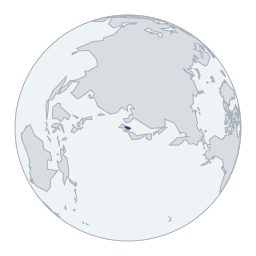 the Earth from above Shimane, rotated 72°
{"feature_id": "JPN-1824", "entity_name": "Shimane", "entity_type": "Prefecture", "adm_level": 1, "iso_a3": "JPN", "parent_name": "Japan", "parent_adm1": "", "projection": "orthographic", "projection_center": [132.68, 35.321], "detail": "fine", "context": "on_globe", "style": "filled", "palette": "blue", "viewbox_px": 256, "rotation_deg": 72, "n_neighbors": 0, "source": "natural_earth", "source_scale": "10m", "svg_char_len": 11699}
<svg xmlns="http://www.w3.org/2000/svg" viewBox="0 0 256 256"><g transform="rotate(72 128 128)"><circle cx="128" cy="128" r="113" fill="#eef3f6" stroke="#a8b0b8"/><path d="M207.6,195.9L207.5,196.4L207.4,196.5L207.6,195.9ZM216.8,58.7L216.4,58.4L217.4,59.5L218.8,61.4L216.7,59.2L216.8,60.4L211.7,57.4L201.3,50.0L202.2,49.4L199.6,48.0L198.3,48.8L198.1,49.7L187.4,48.0L182.0,53.1L183.9,57.4L180.7,54.6L186.8,64.9L186.2,70.8L184.6,62.6L182.7,60.6L181.2,63.6L179.0,62.3L177.0,63.1L174.4,61.3L173.7,57.0L172.0,55.9L171.0,58.1L167.9,58.0L169.5,54.8L164.2,54.4L162.0,47.8L168.5,41.9L165.1,37.9L166.1,31.2L163.8,30.9L162.7,28.5L159.7,27.3L160.7,26.7L157.4,26.3L157.0,27.1L155.4,27.2L153.6,26.7L154.6,25.7L155.7,25.9L155.0,25.3L156.3,25.1L154.6,24.9L156.1,24.0L152.0,24.1L150.9,22.7L152.5,22.3L155.9,23.4L168.0,26.1L170.7,26.5L171.3,25.8L164.9,22.1L166.4,22.4L166.0,22.0L163.6,21.2L163.0,21.3L158.3,20.0L158.2,20.5L156.3,20.2L154.8,20.6L151.3,19.6L148.7,18.4L149.7,18.1L148.6,17.7L144.5,17.4L143.6,16.6L139.7,16.0L147.8,17.1L155.9,18.9L163.7,21.2L171.5,24.1L178.9,27.5L186.1,31.5L193.0,36.0L199.6,41.0L205.7,46.5L211.5,52.4L216.8,58.7ZM229.1,117.6L228.2,115.6L229.3,115.8L229.1,117.6ZM227.2,115.1L227.7,115.6L227.2,115.4L227.2,115.1ZM226.7,115.4L227.1,115.2L226.7,115.7L226.7,115.4ZM226.1,116.1L226.4,115.7L226.4,115.8L226.1,116.1ZM224.8,116.5L224.5,116.6L224.7,115.9L224.8,116.5ZM198.4,50.4L198.5,49.0L200.5,48.9L200.6,50.2L198.4,50.4ZM194.3,51.1L193.7,49.8L196.7,51.1L196.1,51.4L194.3,51.1ZM185.8,61.0L186.4,59.3L186.6,61.4L185.8,61.0ZM177.1,63.5L177.7,64.4L176.4,64.5L177.1,63.5ZM156.8,21.2L155.8,20.9L156.6,21.0L156.8,21.2ZM157.1,21.8L158.7,22.0L159.1,22.4L158.1,22.2L157.1,21.8ZM171.3,61.9L169.1,61.8L171.2,61.1L171.3,61.9ZM155.0,21.4L159.6,22.9L160.2,23.5L156.9,23.3L155.0,21.4ZM167.7,61.3L162.2,61.4L163.0,63.4L157.7,58.1L164.1,59.6L166.6,58.3L166.3,60.0L167.7,61.3ZM157.7,27.6L158.0,26.7L159.4,28.0L157.7,27.6ZM159.0,28.4L165.7,32.8L164.3,34.0L162.3,32.2L161.9,34.5L158.0,32.9L157.3,31.3L159.0,30.8L156.2,30.7L159.0,28.4ZM155.7,55.2L154.3,54.7L155.6,54.5L155.7,55.2ZM154.9,27.4L156.4,28.1L155.3,29.2L152.2,28.1L153.5,28.1L154.9,27.4ZM163.7,35.9L162.4,36.7L158.8,35.6L157.8,35.7L157.7,33.0L163.7,35.9ZM152.8,27.5L150.6,27.5L149.4,26.5L153.4,26.9L152.8,27.5ZM156.3,30.0L155.7,30.5L155.0,29.8L156.3,30.0ZM144.1,23.4L145.9,24.0L145.5,24.5L144.1,23.4ZM149.8,27.6L150.2,27.9L150.3,28.3L148.6,28.1L149.8,27.6ZM155.2,32.5L154.0,32.0L155.1,33.6L152.4,33.0L152.9,31.3L151.6,31.8L150.8,31.6L152.1,30.5L155.2,32.5ZM147.0,29.0L146.7,26.9L143.5,25.6L143.7,25.0L148.9,27.3L147.0,29.0ZM149.9,29.9L148.2,29.2L149.4,28.7L151.3,28.9L149.9,29.9ZM150.5,33.2L154.4,34.5L154.2,34.9L150.5,33.2ZM145.8,28.7L145.9,29.2L145.5,28.6L145.8,28.7ZM148.8,31.9L150.2,32.2L149.9,32.6L148.8,31.9ZM145.0,30.0L144.9,29.3L146.2,29.3L145.0,30.0ZM146.5,30.9L145.8,31.3L146.7,29.8L147.2,31.0L146.5,30.9ZM148.3,32.1L148.6,32.5L147.7,31.9L148.3,32.1ZM140.1,30.2L141.0,28.2L143.8,28.4L142.6,30.2L140.1,30.2ZM52.3,44.6L51.3,45.5L51.0,45.8L52.3,44.6ZM40.6,57.0L38.8,59.2L39.7,58.4L34.1,67.5L32.6,72.1L38.2,67.2L40.7,59.6L44.6,55.3L45.4,58.8L43.7,66.1L45.2,64.7L49.1,57.9L51.7,57.8L50.8,55.5L49.0,57.8L48.4,56.6L50.1,54.5L50.9,54.4L52.3,52.0L47.9,53.4L45.5,55.9L47.2,51.6L43.5,55.4L42.9,55.4L49.0,49.0L50.7,47.7L59.6,39.8L58.0,40.6L49.5,48.3L50.8,46.8L48.6,48.5L51.4,46.0L61.1,37.8L64.6,34.9L64.5,35.0L70.2,31.3L71.6,30.5L77.5,27.4L74.7,29.0L76.2,28.3L73.8,29.9L74.7,30.4L72.9,32.1L77.4,31.0L77.1,31.8L74.5,32.2L71.7,33.5L67.7,38.4L68.1,39.0L71.4,37.9L69.9,39.6L73.6,38.0L73.3,40.8L76.7,36.2L80.6,35.4L82.7,36.5L84.6,35.5L81.2,33.8L79.3,33.9L76.6,35.2L71.9,35.3L72.4,34.0L79.6,31.1L81.1,29.1L86.1,28.2L92.4,32.8L92.8,35.7L84.8,42.4L82.3,42.1L83.9,39.4L78.6,42.7L80.9,42.0L79.6,43.5L83.0,43.5L82.3,44.6L86.9,42.8L86.3,44.1L83.5,45.3L88.1,46.8L88.2,49.8L89.6,49.6L91.1,48.6L90.2,53.3L91.2,53.0L92.0,51.3L94.6,49.7L98.8,48.8L98.2,50.5L96.6,51.0L92.5,54.9L88.3,56.4L88.5,57.0L92.0,56.1L97.1,51.4L99.8,50.4L97.7,52.7L98.7,51.8L99.9,51.8L100.5,53.5L103.0,51.1L116.6,50.4L119.2,54.0L115.9,55.9L124.8,58.2L127.1,62.6L127.7,61.0L132.5,61.4L131.8,59.9L132.5,59.2L144.4,60.3L146.7,62.1L152.6,61.3L152.9,60.5L151.5,59.1L157.7,58.1L163.0,63.4L162.0,64.8L166.0,67.4L163.1,70.5L162.5,74.4L157.0,76.6L157.0,79.7L158.6,80.4L159.9,85.5L156.9,94.0L152.4,83.9L155.4,72.0L153.5,76.4L151.9,74.6L149.9,75.7L148.8,79.1L150.0,80.0L137.6,82.2L130.8,90.5L136.3,91.3L138.4,94.8L135.5,106.3L120.2,119.1L122.9,125.0L122.2,128.4L118.0,129.5L118.9,124.6L115.7,122.0L116.9,119.3L110.3,119.9L111.7,116.0L105.9,118.7L106.7,122.3L112.0,123.0L106.4,127.3L110.1,134.2L109.1,140.9L98.0,149.9L88.9,150.7L88.0,152.6L85.2,149.2L80.2,151.6L84.6,164.8L84.0,167.9L76.5,171.4L76.6,169.0L69.0,160.1L66.7,166.9L72.4,175.4L74.4,183.2L69.6,179.2L67.7,172.2L65.0,168.8L66.4,162.7L65.4,151.9L60.6,151.6L61.6,147.8L59.5,137.6L53.0,136.6L42.2,141.1L39.7,150.2L36.5,152.1L35.0,134.8L37.1,124.8L34.9,123.6L34.8,112.2L29.9,103.0L30.7,99.9L29.4,99.2L29.6,93.9L31.4,89.1L30.8,87.3L26.4,100.0L27.2,102.1L30.0,100.9L28.4,104.8L28.4,110.9L23.0,114.3L18.1,108.8L20.2,101.4L29.6,76.7L30.7,75.3L30.9,75.1L31.1,74.7L29.4,76.6L31.9,72.2L24.1,87.5L21.7,93.1L18.0,109.0L17.7,109.3L17.3,113.5L19.0,118.2L18.5,120.3L16.1,127.0L15.4,129.5L15.6,120.8L16.5,112.1L18.0,103.6L20.3,95.1L23.1,86.9L26.6,79.0L30.7,71.3L35.3,63.9L40.6,57.0ZM39.3,77.8L40.0,82.5L44.2,76.6L44.8,78.0L46.0,75.6L44.5,76.2L48.1,70.0L50.0,71.0L52.2,69.0L52.1,67.3L48.0,66.7L42.8,75.3L40.7,75.9L39.3,77.8ZM86.8,24.0L84.6,24.9L83.4,25.1L85.8,23.8L87.5,23.4L86.8,24.0ZM81.7,26.3L88.2,24.2L87.0,25.3L86.6,25.0L85.2,25.9L84.1,25.7L76.5,29.0L75.0,29.4L80.1,26.2L79.3,26.9L81.5,25.8L81.7,26.3ZM107.0,19.7L109.8,19.5L103.6,21.9L101.7,21.8L103.9,20.3L107.4,19.4L107.0,19.7ZM148.2,21.0L149.7,21.3L149.4,21.5L147.9,21.5L148.2,21.0ZM145.0,23.6L141.5,20.3L143.0,20.4L139.1,18.7L141.6,18.3L144.0,19.3L143.0,18.0L146.2,18.8L145.1,17.9L150.3,20.2L153.1,21.1L149.0,20.2L146.6,20.5L146.4,20.9L148.0,22.7L153.0,25.0L151.4,25.9L149.0,26.0L147.6,25.5L149.0,25.0L146.1,24.8L147.1,23.8L145.0,23.6ZM121.6,29.5L123.9,28.4L118.2,29.1L119.2,27.6L118.5,27.7L117.8,26.6L115.8,25.6L116.7,25.0L115.5,24.9L115.1,24.3L113.7,24.0L115.0,22.8L113.4,22.4L114.9,22.2L111.9,21.8L114.7,21.6L114.4,20.9L111.8,21.5L121.9,17.6L123.9,16.5L124.1,15.9L128.9,16.0L131.8,16.8L133.1,18.2L130.4,19.4L133.0,19.4L132.5,20.0L130.7,19.7L133.2,20.5L132.3,21.0L133.5,23.0L137.8,24.2L138.3,25.1L136.2,24.9L138.2,26.0L134.5,26.3L134.8,27.0L131.5,28.2L127.2,27.6L127.9,28.5L125.4,29.6L121.6,29.5ZM139.1,30.4L133.7,29.8L131.6,28.8L138.3,27.2L138.5,26.5L142.8,25.7L145.7,27.4L144.2,27.4L143.5,27.8L142.8,27.1L142.8,28.0L140.8,28.2L140.2,28.9L138.6,28.5L139.1,30.4ZM51.3,45.6L50.4,46.6L49.3,47.8L47.9,49.0L51.3,45.6ZM57.9,39.9L57.3,40.4L54.8,42.4L55.8,41.5L57.9,39.9ZM59.1,39.2L57.5,40.3L59.0,39.2L59.1,39.2ZM74.1,32.7L73.8,33.4L72.9,33.8L72.1,33.8L74.1,32.7ZM104.8,32.1L106.5,31.4L106.9,31.7L110.9,31.3L110.5,32.6L107.9,33.3L104.8,32.1ZM37.4,66.9L36.6,66.8L37.4,65.5L37.5,65.8L37.4,66.9ZM41.5,57.2L39.5,60.1L41.1,57.5L41.5,57.2ZM105.0,33.4L106.7,33.1L105.5,33.9L105.0,33.4ZM110.4,33.5L109.2,34.5L110.9,32.7L110.4,33.5ZM101.7,205.6L105.1,206.7L105.0,207.0L101.7,205.6ZM98.0,203.6L101.9,204.5L97.5,204.3L98.0,203.6ZM103.4,204.8L107.4,204.8L109.1,204.5L108.8,205.2L103.4,204.8ZM95.5,203.0L81.9,199.2L76.7,196.4L77.8,195.3L86.2,198.4L95.5,203.0ZM77.4,195.2L69.6,188.1L59.9,170.7L63.4,172.6L73.7,184.9L73.0,186.0L77.7,191.1L77.4,195.2ZM96.7,192.9L96.0,196.7L88.4,194.4L85.0,192.8L82.7,187.0L84.0,184.7L86.7,185.6L98.0,179.2L101.8,182.4L98.2,185.5L101.4,189.8L96.7,192.9ZM39.9,151.4L41.0,158.3L39.3,158.0L39.9,151.4ZM103.1,173.5L98.2,176.7L102.8,172.0L103.1,173.5ZM106.2,168.7L106.2,171.0L104.6,168.5L106.2,168.7ZM87.4,155.6L84.5,155.2L84.7,153.6L88.6,153.2L87.4,155.6ZM108.2,146.5L107.3,151.2L106.4,152.7L105.5,149.5L108.2,146.5ZM103.8,45.4L98.7,44.3L94.7,44.8L92.1,46.8L93.6,43.7L99.7,43.0L103.8,45.4ZM115.1,49.5L117.4,48.0L117.9,49.2L117.4,49.7L115.1,49.5ZM115.4,48.3L115.5,45.6L117.8,45.1L117.3,47.3L115.4,48.3ZM110.0,38.9L108.5,38.5L109.6,37.7L110.0,38.9ZM182.0,226.2L183.7,225.6L180.6,227.4L176.2,229.7L171.6,231.7L182.0,226.2ZM146.9,237.2L145.8,236.2L150.9,235.6L149.6,236.7L146.9,237.2ZM185.2,224.3L187.9,222.2L188.1,220.9L188.8,221.7L191.9,220.1L184.9,224.9L185.2,224.3ZM125.7,231.5L104.7,232.4L99.7,231.0L100.3,229.7L94.5,223.6L96.0,224.1L94.2,220.1L106.3,219.0L114.7,213.2L122.2,214.6L127.4,209.6L135.3,210.5L133.4,214.6L142.1,217.5L146.9,208.1L153.2,217.7L160.3,220.3L163.4,225.0L154.6,233.2L148.6,235.0L147.0,234.7L144.6,235.4L140.3,235.4L137.0,233.4L134.7,234.1L136.5,232.4L133.3,233.9L130.6,232.4L125.7,231.5ZM183.0,211.8L184.5,211.7L187.0,212.4L184.7,212.8L183.0,211.8ZM204.0,199.4L204.8,199.7L203.3,200.6L204.0,199.4ZM207.4,196.5L205.5,197.7L207.6,195.9L207.4,196.5ZM189.4,204.8L190.2,205.1L189.7,205.5L189.4,204.8ZM188.8,204.7L189.5,203.6L189.5,204.5L188.8,204.7ZM181.7,201.2L182.4,200.5L182.8,200.8L181.7,201.2ZM110.2,207.6L114.9,205.5L117.6,205.6L110.2,207.6ZM180.4,200.3L178.3,200.6L178.5,200.0L180.4,200.3ZM180.4,199.0L180.2,198.2L181.6,199.8L180.4,199.0ZM176.4,197.9L179.0,198.9L176.1,198.1L176.4,197.9ZM175.0,198.4L173.2,198.0L173.3,197.7L175.0,198.4ZM155.6,201.4L162.2,205.8L157.1,206.0L151.3,203.3L147.2,206.2L137.6,205.6L139.7,204.0L138.3,201.2L128.6,199.5L126.6,197.6L130.0,196.6L123.8,194.6L130.6,194.4L133.4,198.3L137.3,195.6L144.3,196.5L151.2,197.8L156.9,200.3L155.6,201.4ZM130.8,202.6L132.0,202.6L131.0,203.7L130.8,202.6ZM169.7,196.4L172.3,197.9L172.1,198.3L170.8,198.2L169.7,196.4ZM158.2,199.6L164.3,196.1L165.8,196.1L161.8,199.8L158.2,199.6ZM162.7,194.3L165.7,194.5L167.3,196.0L166.7,196.6L162.7,194.3ZM116.9,197.7L116.6,198.7L114.9,197.7L116.9,197.7ZM119.1,197.4L124.4,199.1L118.6,198.2L119.1,197.4ZM103.6,191.2L105.1,194.0L109.7,193.2L106.2,194.9L109.5,199.5L108.4,200.8L105.2,195.9L104.2,200.2L102.2,199.7L101.0,195.6L102.9,191.2L105.0,189.6L113.4,190.3L103.6,191.2ZM119.0,194.4L117.6,191.2L118.7,189.4L120.2,191.1L119.0,194.4ZM113.8,183.4L110.4,179.2L107.1,180.0L114.0,176.1L116.0,180.7L113.8,183.4ZM111.2,174.9L108.1,175.6L111.5,173.3L111.2,174.9ZM107.5,174.3L107.4,171.7L109.7,172.5L107.5,174.3ZM112.8,175.3L113.7,171.1L114.7,173.8L112.8,175.3ZM106.9,165.7L111.6,170.9L105.2,167.8L105.9,159.2L108.7,159.6L106.9,165.7ZM128.6,133.1L128.4,130.5L131.2,130.3L130.5,132.1L128.6,133.1ZM140.1,127.9L131.9,129.4L125.2,130.8L126.9,132.3L124.6,136.4L122.6,131.9L127.9,127.8L132.8,127.5L134.3,124.0L138.4,122.0L138.7,117.3L140.8,115.6L142.0,119.8L140.1,127.9ZM138.7,115.3L140.7,107.4L145.6,109.1L146.3,111.2L143.3,114.1L140.9,113.0L138.7,115.3ZM142.7,106.1L140.4,105.0L138.5,92.7L139.4,90.7L143.3,100.5L141.4,100.1L141.0,102.9L142.7,106.1ZM154.3,55.7L154.3,54.8L155.2,55.7L154.3,55.7ZM132.0,58.4L133.1,57.6L134.2,58.5L132.0,58.4ZM136.6,55.8L134.7,55.4L137.0,55.1L136.6,55.8ZM130.3,54.6L134.0,54.9L130.1,55.6L130.3,54.6Z" fill="#d9dde1" stroke="#a8b0b8" stroke-width="1"/><path d="M126.4,129.3L126.5,129.3L126.6,129.2L126.8,129.0L126.9,128.9L127.0,128.9L127.1,128.7L127.3,128.6L127.4,128.4L127.5,128.4L127.7,128.2L127.8,128.1L128.0,128.0L128.0,127.9L127.9,127.8L128.0,127.8L128.0,127.7L128.3,127.6L128.5,127.6L128.7,127.4L128.7,127.5L128.8,127.5L129.0,127.5L128.9,127.5L129.0,127.8L129.0,128.0L128.8,128.2L128.8,128.3L128.7,128.5L128.4,128.5L128.2,128.5L128.0,128.8L127.9,128.8L128.0,128.9L127.9,129.0L127.7,129.0L127.4,129.1L127.2,129.1L127.1,129.3L127.1,129.5L126.9,129.8L126.8,130.0L126.7,130.0L126.5,129.9L126.4,129.7L126.4,129.4L126.4,129.3ZM129.1,126.1L129.1,126.3L128.9,126.3L128.8,126.2L129.0,126.0L129.1,126.1ZM128.6,126.4L128.6,126.5L128.4,126.5L128.5,126.5L128.5,126.4L128.6,126.4ZM128.7,126.4L128.7,126.5L128.7,126.4Z" fill="#3b82f6" stroke="#1e3a8a" stroke-width="1.5"/></g></svg>